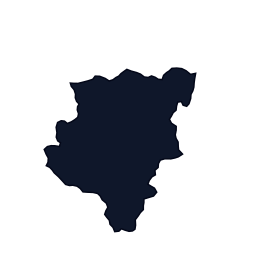 the district of Cristiano Otoni, Minas Gerais, Brazil, rotated 312°
{"feature_id": "56859067B84978777244329", "entity_name": "Cristiano Otoni", "entity_type": "district", "adm_level": 2, "iso_a3": "BRA", "parent_name": "Brazil", "parent_adm1": "Minas Gerais", "projection": "robinson", "projection_center": [-43.825, -20.834], "detail": "fine", "context": "isolated", "style": "filled", "palette": "ink", "viewbox_px": 256, "rotation_deg": 312, "n_neighbors": 0, "source": "geoboundaries", "source_scale": "gbopen_adm2", "svg_char_len": 1810}
<svg xmlns="http://www.w3.org/2000/svg" viewBox="0 0 256 256"><g transform="rotate(312 128 128)"><path d="M213.9,141.7L209.7,138.6L209.4,132.8L208.1,128.2L205.2,124.2L201.7,120.7L197.9,120.4L195.0,119.6L191.0,119.2L186.8,121.0L184.4,117.8L183.9,114.3L182.4,110.6L179.1,109.2L176.8,106.0L176.4,101.2L174.9,97.2L172.4,92.2L170.8,87.9L166.7,87.0L163.7,86.4L160.3,86.4L157.6,85.3L153.7,84.5L150.3,82.5L149.6,77.9L147.5,72.4L144.6,68.9L140.6,69.2L136.4,66.8L132.3,64.1L127.7,61.0L124.8,57.7L122.8,55.1L121.0,58.0L120.4,62.3L118.1,66.3L115.2,68.6L113.4,72.0L113.1,75.6L110.2,76.2L107.5,78.2L105.5,81.7L102.3,83.5L98.6,82.9L94.7,81.8L90.8,79.9L90.6,76.2L88.7,73.5L85.0,72.0L80.5,74.1L76.9,78.4L73.2,80.8L71.4,84.4L71.9,87.7L68.4,89.4L65.8,85.5L63.4,82.7L60.2,80.5L56.0,80.1L53.7,84.9L52.4,88.8L49.0,91.5L45.3,92.5L46.4,96.1L46.1,99.8L45.3,103.2L45.3,108.8L44.8,114.6L44.3,119.4L46.1,123.0L48.5,125.2L50.7,129.1L51.1,132.9L50.4,137.3L53.5,141.2L56.7,145.1L59.0,149.2L58.9,152.8L57.4,156.9L57.6,162.2L55.6,166.1L51.6,167.0L48.2,168.5L47.5,171.8L46.9,175.9L44.4,179.1L44.1,183.4L42.1,187.5L45.3,190.3L48.7,190.5L50.1,194.2L51.9,197.9L54.5,200.2L57.4,200.9L60.8,198.7L64.7,194.8L69.5,194.4L73.4,193.8L77.6,194.0L80.5,191.4L83.2,189.7L85.9,187.3L89.9,189.7L94.5,192.5L99.5,192.3L101.0,187.9L100.1,183.7L99.5,180.4L103.3,178.9L107.8,178.5L111.5,179.7L114.6,176.3L118.8,176.8L122.0,174.4L125.8,173.5L129.7,175.9L133.8,180.5L137.3,183.0L140.3,184.7L145.1,186.0L145.6,180.2L148.0,177.6L151.1,174.6L152.4,170.7L154.5,167.7L158.5,165.3L161.5,162.7L160.6,157.1L162.2,152.9L165.8,152.3L169.6,151.3L173.4,151.8L176.8,149.4L180.5,147.6L183.4,150.0L181.8,153.7L183.4,157.1L186.8,157.1L191.8,154.9L195.1,152.3L199.0,151.3L202.4,149.6L205.7,147.0L209.2,144.6L213.9,141.7Z" fill="#0f172a" stroke="#020617" stroke-width="1.5"/></g></svg>